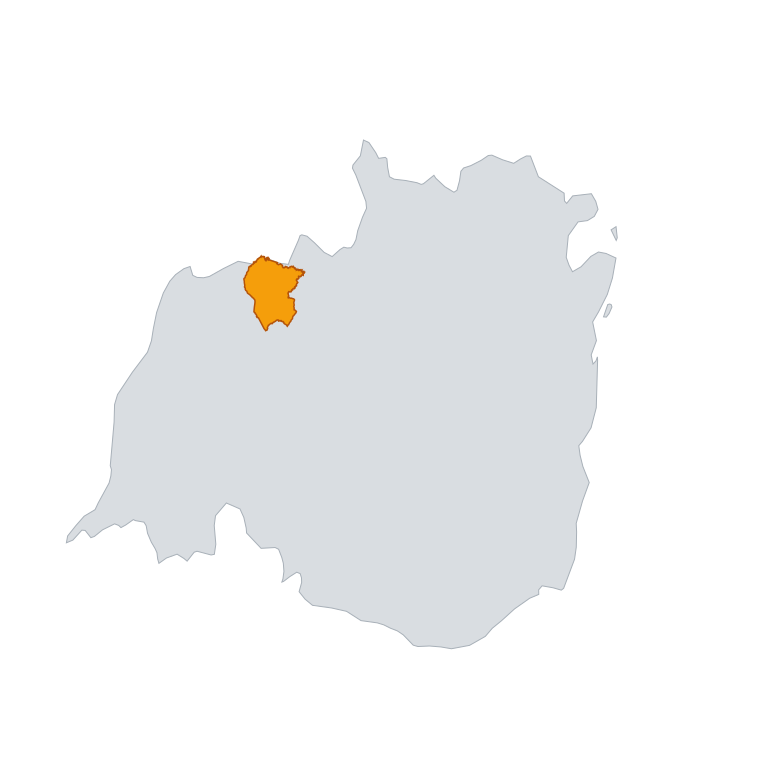 Snuol, Krâchéh, Cambodia (highlighted), rotated 202°
{"feature_id": "14789045B73173825322549", "entity_name": "Snuol", "entity_type": "district", "adm_level": 2, "iso_a3": "KHM", "parent_name": "Cambodia", "parent_adm1": "Krâchéh", "projection": "equal_earth", "projection_center": [106.435, 12.231], "detail": "fine", "context": "in_parent", "style": "filled", "palette": "amber", "viewbox_px": 768, "rotation_deg": 202, "n_neighbors": 0, "source": "geoboundaries", "source_scale": "gbopen_adm2", "svg_char_len": 8503}
<svg xmlns="http://www.w3.org/2000/svg" viewBox="0 0 768 768"><g transform="rotate(202 384 384)"><path d="M619.0,117.8L620.4,124.6L616.6,137.4L612.5,149.1L604.8,159.3L604.4,166.8L601.8,189.2L602.8,196.4L604.6,202.5L607.2,205.7L613.9,227.7L620.0,247.6L626.1,264.0L627.1,274.4L621.7,300.7L615.2,324.9L615.8,336.9L618.6,349.0L621.6,365.1L622.7,385.7L621.1,399.1L618.2,407.4L612.7,416.0L607.8,420.3L602.0,413.1L597.3,412.8L591.1,414.9L586.2,418.3L576.2,430.8L565.2,443.1L549.8,446.2L543.9,455.2L537.5,456.5L525.4,457.0L517.5,459.1L517.8,463.6L517.2,485.2L517.4,490.2L516.1,491.5L510.7,492.2L501.4,488.9L488.8,483.6L479.8,482.7L475.2,492.1L472.5,495.8L469.1,496.3L465.6,498.0L464.4,502.2L464.1,507.4L465.8,516.4L466.4,530.6L466.0,540.4L469.2,546.5L488.4,567.2L494.1,572.3L494.8,575.4L491.4,586.7L494.4,602.5L488.4,602.2L478.3,595.4L473.5,591.2L467.7,594.6L465.7,593.9L461.7,586.1L456.6,578.2L451.3,577.7L440.1,580.8L428.7,583.0L424.3,583.0L422.5,584.4L415.9,596.2L413.1,594.2L401.5,589.7L391.0,588.0L388.9,591.0L390.1,600.7L392.4,610.1L391.1,614.1L385.3,619.0L377.6,627.9L372.9,634.9L369.7,636.6L358.0,636.3L346.4,637.2L341.8,643.7L337.4,648.8L333.6,650.2L318.5,634.0L288.5,628.4L285.2,621.3L282.3,619.9L279.5,629.1L263.0,638.1L256.1,632.7L251.0,626.1L251.8,618.2L256.6,611.7L264.8,607.0L268.7,590.6L262.5,569.7L257.0,563.5L251.3,558.7L245.2,566.5L240.0,579.8L234.6,586.7L227.1,588.2L216.1,587.7L211.9,567.8L210.5,550.7L212.1,531.2L213.8,519.7L203.3,503.8L202.8,488.6L197.7,480.8L196.1,484.8L196.3,489.1L194.8,485.9L178.3,441.5L175.6,420.9L178.5,405.1L180.3,399.8L175.5,391.4L168.7,382.0L156.8,369.5L156.1,349.9L153.6,326.8L150.0,319.0L144.6,304.7L141.7,292.9L140.9,261.8L142.4,259.3L150.9,258.4L161.8,256.1L163.5,251.1L161.7,246.9L168.7,239.9L178.7,224.4L186.5,208.3L192.1,198.1L195.5,188.0L206.8,173.7L222.3,163.8L232.8,161.5L243.7,158.1L254.2,153.3L259.1,152.8L272.1,158.6L279.1,160.1L286.5,160.0L294.1,160.6L300.8,160.0L316.7,156.0L333.6,159.2L348.7,156.7L367.4,152.0L376.5,154.9L384.9,159.6L386.0,169.1L387.9,173.4L390.7,176.8L394.4,176.8L399.2,170.1L403.2,163.3L404.5,162.1L404.7,165.4L406.6,172.8L410.2,180.1L413.8,184.9L419.8,191.3L423.7,191.6L436.4,185.6L455.6,194.4L457.8,198.8L464.0,207.8L470.7,214.2L485.6,214.6L490.9,198.8L488.4,189.2L479.9,172.4L477.5,162.5L480.3,160.7L494.7,158.9L497.0,156.9L500.2,146.0L504.1,147.3L512.1,148.7L520.5,141.2L525.5,133.4L528.3,137.0L531.3,142.5L534.5,145.6L540.6,150.3L547.3,157.0L551.4,163.5L554.8,166.0L563.4,164.2L565.6,164.4L570.6,156.6L574.1,152.3L577.0,153.5L581.4,153.4L590.3,143.4L595.4,134.2L598.2,131.7L606.2,136.3L609.4,135.3L614.0,122.7L619.0,117.8ZM206.3,541.5L204.7,542.7L203.1,542.7L201.5,540.8L201.7,533.7L202.9,529.3L205.6,528.5L206.3,541.5ZM231.2,612.0L227.8,616.8L222.5,606.9L222.5,604.1L231.2,612.0Z" fill="#d9dde1" stroke="#a8b0b8" stroke-width="1"/><path d="M499.5,457.0L499.5,457.4L499.6,457.5L499.5,457.9L499.8,457.9L499.8,458.1L500.0,458.1L500.1,457.9L500.2,458.0L500.2,457.8L500.4,457.8L500.6,457.6L500.9,457.3L500.9,456.8L501.0,456.8L501.1,457.1L501.3,457.0L501.5,457.2L501.5,457.4L501.7,457.7L501.7,457.8L501.6,458.0L501.9,458.0L502.2,457.7L502.2,458.1L502.6,458.3L502.6,458.5L502.7,458.3L502.9,458.3L502.9,458.5L503.2,458.1L503.4,458.3L503.6,458.2L503.7,458.5L504.0,458.2L504.1,458.4L504.2,458.2L504.6,458.3L504.8,458.0L505.1,458.3L505.3,458.2L505.3,457.8L505.5,457.8L505.6,457.6L505.8,457.8L506.0,458.0L506.1,457.7L506.3,457.9L506.5,457.8L506.9,457.4L507.2,457.5L507.4,457.2L507.6,457.3L507.8,457.0L507.9,457.4L508.1,457.0L508.6,457.2L508.6,457.5L509.0,457.3L509.3,457.4L509.3,457.6L510.0,457.6L510.0,457.8L510.1,457.7L510.4,458.0L510.5,457.8L510.9,458.2L511.3,458.4L511.5,458.6L512.0,459.0L512.1,458.6L512.3,458.7L512.5,458.4L512.6,458.5L512.9,458.2L513.0,458.3L512.9,458.5L513.1,458.5L513.5,458.7L514.0,458.3L514.3,458.0L514.9,457.7L514.8,457.4L514.8,457.0L515.0,457.1L515.3,456.8L515.4,456.4L516.0,456.1L516.1,455.9L516.1,455.6L516.2,455.4L517.0,455.6L517.4,456.0L517.8,455.9L518.0,456.2L518.6,456.0L518.8,456.0L519.2,456.1L519.4,456.0L519.2,455.4L519.5,455.2L520.0,454.4L520.3,454.3L520.5,454.5L520.7,454.2L520.9,454.3L521.2,454.1L521.6,454.5L522.0,454.6L522.2,454.8L522.6,456.0L524.0,456.2L524.9,456.6L525.3,456.2L525.5,455.9L526.1,455.6L526.4,455.1L527.3,455.1L528.0,455.5L528.5,455.4L528.8,455.7L528.4,455.9L528.1,456.4L528.3,456.6L536.9,456.0L537.1,455.8L537.3,456.2L537.5,456.1L537.6,456.5L537.4,456.9L537.5,457.3L538.0,457.5L537.9,457.3L538.0,457.2L537.9,456.9L538.0,456.5L538.3,455.8L538.7,455.8L538.5,456.4L538.8,456.6L538.7,456.8L538.8,456.9L539.0,456.9L539.1,457.2L539.3,456.8L539.4,457.1L539.5,456.9L539.7,457.2L539.8,457.1L539.8,456.9L540.0,457.1L540.2,456.7L539.6,456.2L539.7,455.9L539.2,455.1L539.4,454.9L539.6,454.6L539.5,454.1L539.8,454.0L540.0,454.1L540.0,454.3L540.3,454.3L540.5,454.7L540.8,454.7L540.9,455.2L541.2,455.5L541.6,455.4L541.7,455.5L541.8,456.1L542.4,457.0L542.6,456.9L542.7,457.1L542.9,457.0L543.2,457.2L543.5,457.1L543.7,456.6L544.2,456.6L544.2,456.8L545.0,456.5L545.2,456.1L545.6,456.0L545.7,456.5L545.8,456.6L545.9,456.0L545.8,455.6L546.1,455.7L546.3,455.0L547.0,454.2L547.1,453.7L547.5,453.3L547.5,452.8L547.6,452.5L547.9,452.4L547.9,452.7L548.1,452.5L548.0,452.1L548.1,451.8L548.2,451.7L548.3,451.2L548.2,450.0L548.4,450.1L548.7,449.9L548.8,449.7L549.0,449.6L548.9,449.2L549.1,449.1L549.4,449.1L549.4,448.8L549.3,448.6L549.1,448.6L549.3,448.4L549.6,448.4L549.4,448.2L549.6,447.9L549.5,447.6L549.9,447.4L550.1,447.5L550.1,447.1L550.3,447.2L550.2,446.9L550.2,446.7L550.4,446.2L550.4,445.9L550.6,445.9L550.9,445.3L551.1,445.1L551.5,444.5L551.3,444.0L551.4,443.6L551.7,443.7L551.8,443.2L552.2,443.3L552.4,442.9L552.3,442.5L552.5,442.4L552.9,442.4L553.0,442.2L553.1,441.7L552.9,440.8L552.6,440.0L552.5,439.2L552.2,438.4L553.0,436.0L552.8,435.3L552.8,434.9L552.4,433.9L552.6,433.4L552.9,433.1L553.0,432.4L552.7,431.0L552.7,430.4L553.2,429.7L553.3,429.0L552.5,427.6L552.1,427.1L551.6,425.9L550.7,424.3L550.2,423.7L549.8,422.7L549.8,422.0L549.6,421.6L549.3,421.6L549.0,421.2L548.6,421.0L548.1,419.8L547.6,419.3L547.2,419.0L546.0,418.7L544.7,417.2L544.2,417.0L542.9,416.7L542.1,416.6L540.5,415.8L539.4,415.6L538.7,414.9L538.4,414.8L537.1,414.7L536.4,414.1L535.3,413.6L534.6,412.4L534.0,410.7L533.0,406.7L531.7,402.4L531.5,402.1L531.0,401.9L530.6,401.9L530.4,401.6L530.1,401.6L529.6,400.9L528.7,400.7L527.8,399.9L527.6,399.6L527.7,399.4L527.5,398.8L527.2,398.7L526.8,398.3L526.6,398.5L526.5,398.3L526.2,398.2L525.6,398.3L525.2,398.3L515.8,390.3L514.5,389.7L513.8,389.1L513.4,389.6L513.0,389.7L512.6,390.3L512.7,391.0L512.6,391.8L513.2,392.3L513.3,392.7L513.2,393.3L513.2,395.1L512.8,395.3L512.7,395.9L511.5,397.9L511.1,397.9L510.9,398.1L510.8,397.9L510.6,397.9L510.2,398.1L510.1,398.6L509.6,400.0L508.9,400.4L508.5,401.2L508.0,401.6L507.7,402.7L507.3,402.9L507.0,403.4L506.0,403.7L505.6,403.0L505.3,402.8L504.8,403.1L504.4,403.8L503.8,403.8L503.5,403.7L503.3,403.9L503.3,404.2L503.1,404.3L502.8,404.2L502.6,403.7L502.0,403.8L501.6,403.7L501.2,404.0L500.9,404.1L500.4,403.6L499.9,403.6L499.7,403.1L499.4,402.7L498.6,402.5L496.9,402.3L496.3,402.1L495.9,401.7L495.3,401.3L495.2,401.6L495.3,402.6L494.7,403.1L494.5,405.8L493.9,407.1L494.0,408.0L494.0,408.6L493.3,410.2L493.7,411.5L493.8,412.8L493.4,413.4L493.3,414.0L493.0,414.6L492.6,416.5L492.3,416.9L492.4,417.4L492.3,418.3L492.7,418.7L493.5,418.8L494.2,419.2L495.1,419.1L495.8,420.8L496.2,421.5L496.8,422.2L496.8,423.5L497.7,424.9L498.2,425.9L498.3,426.9L498.3,427.5L498.5,428.5L499.1,428.9L499.6,429.1L500.8,428.9L501.8,429.0L502.1,428.8L502.8,428.5L504.1,428.6L504.3,428.5L504.8,428.0L505.1,428.0L505.3,428.3L505.3,428.7L505.5,429.1L505.2,429.8L506.1,430.9L506.4,431.4L506.9,431.9L506.8,432.2L507.1,432.7L506.9,434.0L506.5,434.1L506.0,434.0L505.5,434.6L505.2,434.4L504.9,434.5L505.1,435.0L504.6,435.3L504.5,436.1L504.8,436.5L504.7,436.9L504.4,437.0L504.2,437.7L503.9,437.5L503.8,438.6L503.3,438.8L503.0,439.2L502.7,439.0L502.5,439.5L502.6,439.8L503.2,440.3L503.2,440.6L503.1,440.8L502.6,440.8L502.5,441.5L502.5,442.1L502.1,442.0L501.9,442.2L502.0,442.6L502.5,443.2L502.4,443.8L502.6,444.3L502.6,444.5L502.2,444.8L501.9,445.7L502.0,446.0L502.9,446.3L503.2,446.8L504.2,447.4L504.3,448.3L504.1,448.7L503.6,448.5L503.4,448.8L503.4,449.1L502.9,449.3L503.0,449.9L502.8,450.0L502.6,450.2L503.5,451.6L503.6,451.9L503.5,452.0L502.5,451.8L502.0,452.6L501.8,452.6L501.5,452.3L501.4,452.4L501.1,453.2L501.1,454.2L500.7,455.1L500.2,454.5L499.6,454.5L500.0,455.7L500.3,456.1L499.7,456.7L499.5,457.0Z" fill="#f59e0b" stroke="#b45309" stroke-width="1.5"/></g></svg>